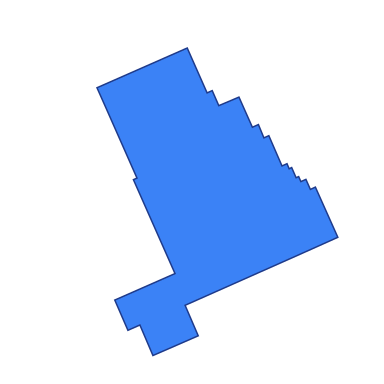 the district of Golden Valley, Montana, United States of America, rotated 336°
{"feature_id": "52423323B93637300431775", "entity_name": "Golden Valley", "entity_type": "district", "adm_level": 2, "iso_a3": "USA", "parent_name": "United States of America", "parent_adm1": "Montana", "projection": "albers", "projection_center": [-109.079, 46.398], "detail": "fine", "context": "isolated", "style": "filled", "palette": "blue", "viewbox_px": 384, "rotation_deg": 336, "n_neighbors": 0, "source": "geoboundaries", "source_scale": "gbopen_adm2", "svg_char_len": 560}
<svg xmlns="http://www.w3.org/2000/svg" viewBox="0 0 384 384"><g transform="rotate(336 192 192)"><path d="M268.7,292.8L306.8,292.7L306.7,237.7L301.2,237.8L301.2,226.8L295.7,226.8L295.7,221.3L292.9,221.3L293.0,210.2L290.2,210.3L290.3,204.8L284.8,204.8L285.1,171.8L279.7,171.8L280.1,157.4L273.5,157.4L273.5,124.4L251.6,124.0L251.7,107.6L246.1,107.6L246.2,58.5L147.6,58.1L147.6,80.0L147.4,156.9L143.5,156.9L143.3,259.6L77.5,259.3L77.2,292.3L90.3,292.3L89.8,325.5L139.2,325.9L139.6,292.7L268.7,292.8Z" fill="#3b82f6" stroke="#1e3a8a" stroke-width="1.5"/></g></svg>